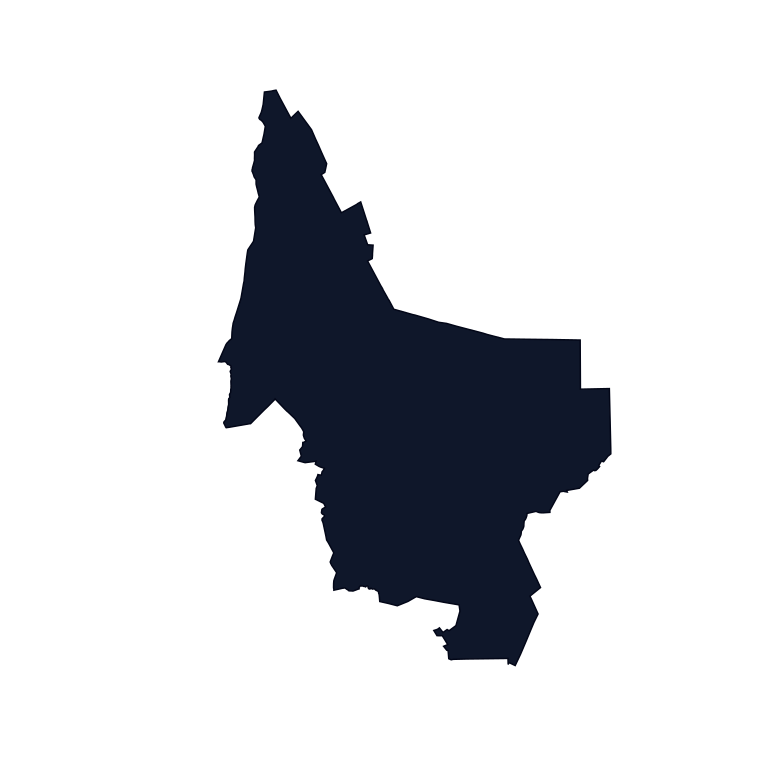 Bērzkalnes pag., Balvu, Latvia, rotated 318°
{"feature_id": "27541924B58217597236828", "entity_name": "Bērzkalnes pag.", "entity_type": "district", "adm_level": 2, "iso_a3": "LVA", "parent_name": "Latvia", "parent_adm1": "Balvu", "projection": "mercator", "projection_center": [27.376, 57.121], "detail": "fine", "context": "isolated", "style": "filled", "palette": "ink", "viewbox_px": 768, "rotation_deg": 318, "n_neighbors": 0, "source": "geoboundaries", "source_scale": "gbopen_adm2", "svg_char_len": 6115}
<svg xmlns="http://www.w3.org/2000/svg" viewBox="0 0 768 768"><g transform="rotate(318 384 384)"><path d="M493.9,416.4L491.6,412.5L476.4,389.4L471.0,380.8L465.9,374.7L460.6,365.5L453.2,353.6L451.9,351.8L441.3,335.0L443.8,325.1L443.9,323.7L444.3,322.3L446.3,313.3L446.7,312.3L447.1,310.4L447.2,309.7L447.6,307.9L450.6,295.8L454.1,281.6L454.3,281.6L458.9,282.9L459.2,282.9L461.5,280.7L462.7,279.4L468.8,273.5L465.0,269.6L469.0,259.9L475.1,262.8L480.1,251.9L480.3,251.7L480.2,251.5L481.4,248.9L488.5,233.1L485.0,232.3L484.0,232.3L467.1,228.3L467.0,228.0L470.6,213.6L470.7,213.2L471.2,211.6L473.4,202.7L475.9,192.6L477.4,186.4L481.6,187.1L485.0,184.7L488.8,181.9L492.5,170.3L495.0,162.8L497.1,156.0L500.3,146.5L501.4,135.6L502.6,123.9L492.6,124.2L498.0,102.2L500.4,93.4L498.5,92.2L496.3,91.0L490.5,87.0L486.0,91.1L481.4,95.3L479.6,96.6L476.6,98.7L474.6,100.0L469.5,102.3L469.3,102.4L469.0,102.8L468.9,103.2L468.8,103.9L468.8,104.4L468.9,104.8L469.1,105.3L469.2,105.8L469.3,107.2L469.3,108.0L469.2,108.9L468.4,112.6L468.3,113.0L467.7,113.5L461.8,118.2L459.2,120.0L456.0,122.3L454.6,123.2L454.3,123.2L450.4,122.8L450.1,122.9L449.4,123.3L449.0,123.4L443.2,124.9L443.0,125.0L441.0,127.3L438.2,130.2L438.0,130.6L437.4,131.2L434.7,133.0L431.0,135.3L430.5,135.8L429.2,136.6L428.7,137.2L428.5,137.4L428.3,137.6L428.2,138.5L427.8,139.0L427.6,139.8L427.2,140.8L426.1,143.2L426.0,143.7L425.6,146.6L425.1,147.2L423.2,149.3L422.6,150.0L421.3,152.3L419.6,155.6L418.2,158.1L417.0,160.6L416.7,161.1L416.3,161.6L415.8,161.8L412.6,162.9L408.6,164.5L407.8,164.9L406.6,165.8L406.1,166.1L404.1,168.4L399.9,173.6L397.1,176.8L394.9,179.5L393.1,182.2L392.5,182.6L382.7,190.5L382.2,190.7L381.2,191.0L375.7,192.4L372.9,193.1L372.3,193.4L369.7,195.5L361.9,202.1L357.8,205.7L355.6,207.8L351.3,211.6L348.9,213.9L346.8,215.4L335.2,224.5L333.8,225.4L322.5,232.1L318.1,234.6L315.4,236.3L313.4,237.4L312.3,238.1L311.4,238.9L308.8,241.0L305.8,243.7L301.2,248.4L298.0,248.2L296.5,248.5L296.1,248.5L295.7,248.4L294.5,248.6L292.9,249.0L275.9,256.7L276.6,257.3L277.5,258.4L278.1,259.0L279.1,259.6L280.3,260.5L281.0,261.1L281.1,261.5L281.2,262.5L281.0,264.7L281.3,265.3L281.8,265.9L282.1,267.1L282.2,268.6L282.0,268.9L281.4,269.1L281.1,269.5L280.9,270.2L280.7,270.6L280.2,271.0L278.6,271.5L278.0,271.9L277.5,273.2L277.0,274.3L276.5,274.9L275.7,275.4L275.3,275.9L274.2,277.8L273.6,278.4L272.9,278.8L271.9,279.7L269.4,282.7L268.9,283.4L268.7,283.5L268.5,283.8L268.3,283.8L267.7,284.7L267.0,285.1L266.5,285.5L266.3,285.7L265.8,286.2L265.7,286.4L264.3,287.7L262.7,288.2L262.1,288.5L261.2,289.7L260.6,290.7L259.4,291.0L258.7,291.1L257.6,292.1L255.8,294.2L254.7,295.4L254.1,295.8L252.7,296.7L250.1,299.1L248.0,300.3L245.5,302.6L243.6,303.8L242.7,304.6L241.7,304.9L240.2,305.0L239.5,305.2L238.9,305.7L238.7,306.1L237.9,309.1L237.6,309.7L237.5,310.9L240.2,312.7L258.2,324.0L258.3,324.2L264.9,323.8L266.8,323.7L278.2,323.1L282.5,323.0L292.5,322.4L293.1,322.2L293.5,336.1L293.7,339.5L293.9,340.5L294.6,349.9L293.6,359.1L293.4,361.6L292.4,365.8L289.9,368.0L289.2,369.4L288.4,371.3L288.0,374.3L285.5,373.7L284.6,373.1L281.6,376.0L277.2,376.7L274.4,382.1L273.9,382.4L268.7,383.4L272.2,388.9L272.8,389.7L274.1,390.6L281.9,396.0L281.6,396.2L279.3,397.6L280.6,401.8L281.4,403.5L283.3,406.8L280.9,407.6L279.3,407.8L276.5,409.8L275.2,408.4L274.3,407.1L272.9,408.0L270.3,409.1L268.5,409.8L266.4,414.9L263.8,416.2L255.9,423.7L259.3,432.1L259.3,432.7L258.3,436.3L254.6,435.6L254.3,435.6L253.9,435.7L252.2,437.1L251.7,437.5L251.4,437.8L251.3,438.1L251.2,439.3L251.3,439.6L251.7,440.9L251.8,441.3L251.8,441.6L251.7,441.9L251.5,442.2L251.3,442.4L251.0,442.5L247.9,442.7L247.7,442.8L246.8,443.7L246.1,445.8L245.4,447.2L239.1,458.1L237.0,461.5L236.7,463.2L236.6,463.7L236.4,464.8L233.9,475.2L233.7,475.7L233.5,475.9L232.9,476.3L231.1,477.1L225.0,480.2L224.9,480.3L224.4,481.6L224.0,483.1L223.8,483.8L223.7,484.5L222.6,492.2L222.5,492.5L222.3,492.7L222.1,492.8L216.5,495.8L215.0,496.7L213.2,498.4L210.4,501.4L209.7,502.4L209.1,503.4L208.8,503.7L216.8,508.2L217.1,508.5L218.4,509.1L218.4,509.5L218.6,510.0L218.8,510.5L218.9,511.3L219.6,513.5L219.4,513.8L219.8,514.5L221.7,516.3L222.4,517.1L224.6,518.0L226.1,518.6L227.9,519.2L228.1,519.6L228.6,519.4L229.4,518.5L230.7,518.3L231.7,518.3L232.1,518.5L232.1,519.0L232.3,519.3L232.8,519.6L233.0,519.8L233.2,520.2L233.3,520.6L233.9,521.2L234.1,521.5L234.6,522.5L236.0,522.4L236.2,522.5L236.5,522.9L236.7,523.2L236.6,523.7L236.3,524.3L235.9,524.8L235.7,525.8L235.8,526.3L236.1,526.7L236.4,527.0L236.8,527.0L237.1,526.9L237.7,527.1L237.9,527.5L237.9,527.9L238.0,528.4L238.2,528.7L239.2,529.3L239.9,529.9L239.9,530.1L239.9,531.5L241.1,534.6L240.4,535.3L240.0,536.0L239.6,537.0L239.3,537.5L237.6,539.8L235.3,542.8L240.4,550.0L245.5,557.7L256.3,561.6L265.7,563.6L270.5,570.8L276.6,578.6L282.6,586.5L292.0,598.4L288.5,603.6L275.8,611.7L267.3,610.9L266.6,608.7L261.6,608.1L262.0,602.3L260.3,602.2L258.9,601.8L256.1,600.5L255.0,606.5L258.9,610.1L257.0,620.3L252.8,618.8L252.5,623.8L253.2,625.1L248.3,631.5L249.4,633.9L251.2,634.9L261.7,643.9L292.5,670.9L288.6,675.5L290.5,674.7L293.1,681.0L304.8,676.1L317.3,670.3L329.5,664.5L335.9,661.5L344.6,658.0L349.4,643.0L350.5,639.3L364.1,640.0L365.7,634.9L366.9,631.1L368.2,626.4L370.9,617.6L372.2,613.4L373.3,610.3L375.3,603.3L376.5,599.7L378.2,593.8L379.4,590.2L381.0,589.4L384.5,587.9L385.4,587.3L387.5,585.4L387.9,585.2L389.4,584.9L390.1,584.7L391.9,583.8L392.4,583.5L393.0,583.0L394.3,581.6L395.1,580.9L395.9,580.1L396.5,579.6L397.0,579.5L398.4,579.2L399.3,578.9L401.2,577.9L401.7,577.6L402.4,577.1L403.7,575.9L411.8,580.4L412.5,581.9L412.9,582.7L413.5,583.6L414.2,584.4L415.1,585.3L416.2,586.3L421.4,590.4L422.7,588.9L442.7,581.9L445.6,583.8L446.1,584.6L447.9,586.9L448.5,585.3L459.5,592.2L470.8,591.9L472.2,590.2L475.5,587.5L477.5,587.7L482.1,588.2L482.5,589.3L483.6,590.0L485.8,590.0L489.0,589.6L489.1,588.4L489.2,588.2L489.4,588.1L493.9,586.8L494.2,586.9L494.4,587.0L494.9,588.4L495.0,588.6L495.3,588.7L496.5,588.5L502.0,587.5L505.8,587.7L509.5,583.5L548.4,538.2L526.5,519.3L559.2,482.6L538.6,463.4L519.6,445.9L503.6,431.1L493.9,416.4Z" fill="#0f172a" stroke="#020617" stroke-width="1.5"/></g></svg>